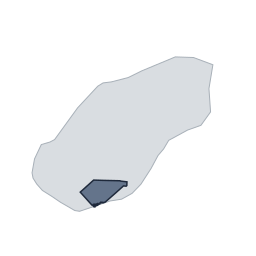 location of 94, Al Wakrah, Qatar, rotated 48°
{"feature_id": "91078587B61395128667616", "entity_name": "94", "entity_type": "district", "adm_level": 2, "iso_a3": "QAT", "parent_name": "Qatar", "parent_adm1": "Al Wakrah", "projection": "albers", "projection_center": [51.484, 24.925], "detail": "fine", "context": "in_parent", "style": "filled", "palette": "slate", "viewbox_px": 256, "rotation_deg": 48, "n_neighbors": 0, "source": "geoboundaries", "source_scale": "gbopen_adm2", "svg_char_len": 2444}
<svg xmlns="http://www.w3.org/2000/svg" viewBox="0 0 256 256"><g transform="rotate(48 128 128)"><path d="M138.2,227.8L127.3,230.5L117.1,233.4L108.5,233.3L101.7,232.1L97.1,229.3L88.4,218.1L82.3,203.5L86.2,195.4L87.5,190.3L79.3,151.9L76.7,122.5L77.8,116.4L82.6,109.5L90.6,94.2L94.8,79.4L106.8,45.3L119.4,32.2L137.8,22.6L152.9,41.5L171.3,55.9L174.8,72.0L169.4,85.1L164.4,106.0L167.4,115.6L168.5,124.0L173.5,137.9L178.4,156.0L179.3,168.7L176.6,180.4L170.2,190.2L157.5,219.7L153.7,222.8L138.2,227.8Z" fill="#d9dde1" stroke="#a8b0b8" stroke-width="1"/><path d="M167.3,164.8L162.4,169.1L162.0,169.2L161.9,169.2L150.6,181.2L143.7,188.4L143.7,206.4L160.9,206.4L160.9,206.0L164.0,206.0L163.9,204.7L164.0,204.7L163.9,204.6L163.9,204.8L163.9,205.0L163.8,204.9L163.7,204.8L163.4,204.7L163.3,204.8L163.2,205.0L163.0,205.4L163.0,205.5L162.8,205.6L162.7,205.6L162.6,205.4L162.5,205.2L162.4,205.1L162.1,204.9L162.0,204.7L161.9,204.5L161.9,204.4L162.1,204.4L162.1,204.5L162.2,204.8L162.3,204.9L162.3,204.5L162.4,204.4L162.5,204.4L162.4,204.3L162.5,204.3L162.6,204.2L162.6,204.3L162.8,204.4L162.9,204.5L163.1,204.4L163.1,204.5L163.3,204.5L163.5,204.5L163.5,204.4L163.5,204.5L163.6,204.2L164.1,204.2L164.1,204.4L164.3,204.1L164.4,203.9L164.5,203.7L164.4,203.6L164.3,203.8L164.2,203.7L164.1,203.8L163.9,203.8L163.8,203.7L163.4,203.8L163.4,204.1L163.2,204.1L163.2,203.9L162.9,203.8L162.9,204.0L162.8,203.8L162.7,203.7L162.9,203.6L163.1,203.5L163.3,203.5L163.3,203.4L163.2,203.3L163.2,203.2L163.2,202.6L163.3,202.4L163.4,202.2L163.5,202.1L163.6,201.9L163.7,201.6L163.7,201.3L163.8,201.0L163.9,200.8L164.0,200.8L164.1,201.0L164.1,201.3L164.1,201.5L164.1,201.9L164.0,202.3L164.1,202.7L164.2,202.9L164.4,202.9L164.5,202.8L164.6,203.0L164.6,203.3L164.5,203.7L164.6,203.4L164.7,203.2L164.8,203.0L164.8,202.9L164.9,202.7L165.0,202.5L165.1,200.6L165.2,200.2L165.3,200.1L165.5,199.6L165.7,199.2L165.6,199.5L165.5,199.4L165.4,199.2L165.2,199.1L165.3,199.0L165.3,198.9L165.2,198.8L165.0,198.5L165.0,198.4L164.9,198.2L164.9,197.8L165.0,197.7L165.3,197.5L165.6,197.6L165.7,197.8L165.8,197.8L165.9,197.7L166.0,197.7L166.2,197.2L166.3,196.8L166.5,196.9L166.6,196.6L166.5,196.4L166.8,196.3L166.9,196.2L166.9,196.3L167.0,196.2L167.0,196.3L166.9,196.5L166.8,196.8L167.1,196.2L167.2,195.9L167.3,195.8L167.3,195.7L167.4,195.4L167.5,195.1L167.6,194.9L167.8,194.6L168.0,179.8L168.0,170.1L170.0,168.3L170.0,167.4L167.3,164.8Z" fill="#64748b" stroke="#1e293b" stroke-width="1.5"/></g></svg>